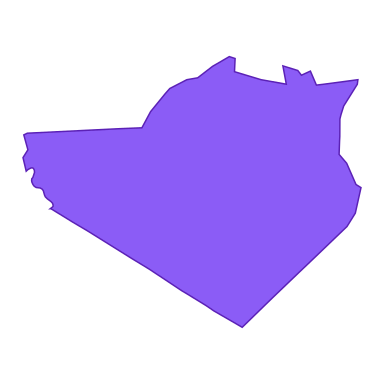 Orange, New York, United States of America (orthographic projection)
{"feature_id": "52423323B72877265814635", "entity_name": "Orange", "entity_type": "district", "adm_level": 2, "iso_a3": "USA", "parent_name": "United States of America", "parent_adm1": "New York", "projection": "orthographic", "projection_center": [-74.423, 41.388], "detail": "fine", "context": "isolated", "style": "filled", "palette": "violet", "viewbox_px": 384, "rotation_deg": 0, "n_neighbors": 0, "source": "geoboundaries", "source_scale": "gbopen_adm2", "svg_char_len": 1049}
<svg xmlns="http://www.w3.org/2000/svg" viewBox="0 0 384 384"><path d="M346.7,163.3L339.1,154.4L339.6,140.3L339.8,136.6L339.9,119.0L341.0,114.6L343.7,106.0L357.3,84.3L357.9,79.7L323.2,84.3L316.4,85.1L310.4,71.1L301.4,75.2L297.8,70.5L282.9,65.9L286.3,84.2L261.1,79.7L234.5,71.7L235.1,58.5L229.3,56.6L212.6,66.3L197.7,77.8L186.8,79.7L169.8,88.5L165.2,93.7L150.6,111.6L141.9,127.8L119.5,128.7L27.3,133.2L23.8,134.9L27.9,149.8L23.0,157.6L26.2,171.2L26.3,171.1L27.9,169.6L30.7,168.1L31.9,167.8L33.0,168.1L33.7,168.9L34.2,169.9L34.4,170.8L34.5,172.5L32.8,177.6L31.8,178.7L31.6,180.7L31.9,182.2L32.9,184.4L33.9,185.9L34.9,186.7L36.2,187.5L40.2,188.0L42.2,189.2L43.3,190.7L44.5,195.0L45.3,196.8L47.4,198.9L50.9,201.5L52.5,203.2L53.1,205.1L53.0,206.4L52.5,207.0L50.3,208.7L50.9,208.7L73.0,222.3L87.2,230.7L131.9,258.6L149.3,269.2L182.0,290.9L186.9,293.8L206.1,305.6L214.0,311.0L223.2,316.3L242.2,327.3L272.3,298.0L298.4,273.0L310.6,261.4L347.0,226.5L355.3,213.2L361.0,187.6L356.0,184.5L346.7,163.3Z" fill="#8b5cf6" stroke="#5b21b6" stroke-width="1.5"/></svg>